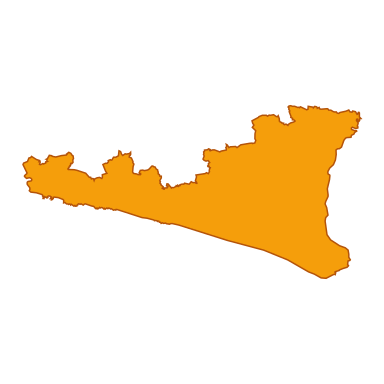 outline of Lázaro Cárdenas, Michoacán, Mexico
{"feature_id": "50627088B38874433306118", "entity_name": "Lázaro Cárdenas", "entity_type": "district", "adm_level": 2, "iso_a3": "MEX", "parent_name": "Mexico", "parent_adm1": "Michoacán", "projection": "orthographic", "projection_center": [-102.462, 18.083], "detail": "fine", "context": "isolated", "style": "filled", "palette": "amber", "viewbox_px": 384, "rotation_deg": 0, "n_neighbors": 0, "source": "geoboundaries", "source_scale": "gbopen_adm2", "svg_char_len": 5990}
<svg xmlns="http://www.w3.org/2000/svg" viewBox="0 0 384 384"><path d="M351.0,137.3L351.4,135.3L353.9,134.1L354.7,132.4L356.7,131.1L356.4,130.6L354.7,130.6L351.5,129.4L351.4,128.0L352.3,127.2L355.6,128.5L357.8,128.0L357.9,126.8L357.3,126.0L358.1,123.5L357.9,122.4L356.5,120.7L356.6,119.3L357.5,119.1L357.8,120.6L358.8,121.5L359.6,120.5L359.3,119.6L359.5,118.9L361.0,118.6L359.4,116.9L359.4,113.0L358.9,112.3L358.3,112.4L357.7,114.1L357.1,114.4L355.5,111.7L352.7,111.0L352.0,112.2L349.9,111.8L348.8,110.0L345.9,111.2L339.9,112.5L338.8,113.4L337.2,113.1L336.3,111.9L334.8,112.0L333.2,111.6L330.9,110.2L328.7,110.1L327.9,108.9L327.1,108.7L320.9,109.2L319.7,108.8L319.1,107.4L317.3,108.3L317.1,107.3L316.2,106.7L314.7,106.4L313.4,107.8L313.3,107.2L308.2,106.3L308.0,109.2L306.7,109.8L300.5,106.8L299.6,107.7L299.0,107.2L297.9,107.5L294.7,106.3L292.4,106.3L290.7,105.7L289.0,106.0L288.1,107.0L288.9,107.7L288.8,109.3L289.8,111.0L289.2,111.7L291.0,116.4L290.8,117.4L292.6,118.4L292.4,119.8L293.8,119.9L294.9,120.7L295.0,121.2L293.5,122.1L290.7,122.9L288.3,124.4L287.9,125.4L286.0,124.1L284.3,124.7L283.5,124.0L283.6,123.2L281.9,123.1L281.7,122.5L280.2,122.0L279.6,121.0L279.4,121.6L279.3,118.7L278.2,115.7L277.5,116.7L276.2,116.5L273.6,114.7L270.4,115.3L269.1,115.1L267.5,116.2L266.4,115.3L262.3,115.3L259.0,116.6L258.4,117.4L252.0,120.8L252.7,123.3L253.9,125.1L252.3,127.4L255.7,130.7L255.0,133.8L254.9,138.8L255.8,140.3L254.8,143.0L252.5,143.5L252.1,143.1L249.7,143.3L240.8,144.8L237.0,147.6L235.6,146.5L230.2,146.8L228.9,147.6L227.3,145.0L226.3,144.4L226.7,146.2L225.8,147.7L226.4,148.7L226.3,150.0L221.1,151.1L219.8,151.9L214.5,149.9L212.6,149.9L210.1,150.8L209.6,150.2L210.1,149.5L208.7,148.8L207.3,149.8L204.5,150.1L204.5,151.2L203.6,151.9L203.9,153.5L203.5,154.4L204.2,156.0L203.0,159.1L204.1,160.3L206.0,161.1L208.2,160.6L209.7,162.6L208.4,163.6L208.5,164.8L207.7,166.0L207.9,166.5L209.1,166.4L209.3,167.6L210.2,167.7L209.4,169.5L209.2,171.1L209.5,171.7L208.3,173.6L206.5,172.7L205.1,173.6L196.0,175.0L196.5,176.9L195.4,180.7L196.6,182.2L196.8,183.3L196.1,183.3L195.1,182.5L192.9,182.6L191.2,181.7L189.2,184.2L184.5,183.2L183.8,184.2L182.1,184.1L180.1,184.7L180.1,185.4L179.5,185.3L179.0,185.9L177.9,185.3L178.0,186.3L176.5,185.7L176.5,186.4L175.5,186.3L174.9,187.1L173.4,187.7L171.9,187.5L171.4,188.0L168.2,184.0L167.0,183.8L166.5,185.7L167.9,186.3L167.9,186.8L167.1,187.2L167.0,187.9L164.0,188.0L164.2,189.1L163.6,189.1L162.3,188.2L163.0,187.8L163.2,186.8L160.9,184.8L161.0,184.1L159.9,183.2L160.4,181.6L159.7,180.8L161.3,177.9L161.3,176.2L159.8,176.1L159.4,174.6L158.2,173.8L158.2,172.0L157.7,171.0L157.7,170.0L156.1,168.9L155.1,167.0L153.5,166.7L152.9,166.0L151.8,166.1L149.2,169.0L147.7,170.0L144.5,170.6L142.6,170.1L140.3,170.4L139.1,172.9L139.7,173.6L140.6,173.5L140.7,174.3L140.3,174.7L137.9,174.6L136.8,174.0L133.5,173.4L132.6,172.0L133.1,166.6L133.9,164.1L132.8,162.6L133.0,161.6L131.4,158.0L129.2,157.1L129.5,155.4L130.2,155.3L130.7,154.3L130.6,152.3L129.5,153.5L126.4,154.1L125.1,153.8L122.8,155.5L121.6,154.3L120.6,151.6L119.0,150.8L118.4,155.8L115.9,157.2L113.5,157.2L112.0,159.9L111.1,160.2L110.3,159.7L108.2,160.6L108.5,161.8L107.1,163.3L105.4,163.3L102.9,164.5L105.6,171.3L106.9,173.3L102.3,174.7L102.4,177.4L101.8,178.5L99.6,177.4L97.1,177.8L94.7,178.9L94.1,180.5L93.5,178.8L92.8,178.5L91.4,178.9L90.7,177.3L89.3,177.3L85.7,173.2L76.9,170.3L74.1,169.7L68.3,169.5L67.9,169.0L68.3,168.3L68.6,168.5L68.9,167.1L69.4,167.0L70.1,166.1L69.9,165.7L70.5,165.5L70.6,163.8L71.1,163.2L71.8,163.7L73.0,162.4L72.8,159.7L73.5,158.7L73.1,155.9L72.3,155.5L70.8,153.3L68.8,152.3L66.8,153.9L67.1,154.1L66.4,155.0L61.4,155.6L55.8,157.0L52.2,156.3L51.8,155.7L49.3,155.3L47.4,158.7L46.4,159.2L47.1,159.4L46.8,161.3L47.2,161.5L45.7,161.9L45.7,163.0L43.5,164.0L42.9,163.5L40.6,164.7L39.5,164.4L40.2,162.1L39.9,161.1L39.1,161.4L39.5,160.5L36.4,159.5L31.5,156.4L30.6,157.6L28.9,158.0L27.5,161.5L23.6,163.1L23.0,164.6L27.0,172.9L26.8,173.6L24.6,175.6L24.5,176.5L26.5,178.4L29.4,177.7L30.8,178.2L31.8,179.3L31.7,180.2L31.0,181.0L28.2,181.4L27.4,182.0L27.1,183.0L27.3,184.5L29.7,187.6L30.0,189.2L29.3,190.7L30.8,192.1L36.4,192.8L41.9,194.5L42.8,195.4L42.4,196.5L42.8,196.1L43.0,196.9L43.3,196.5L43.7,196.7L43.4,197.5L43.8,197.2L43.5,198.4L43.9,198.6L44.3,197.5L45.5,197.0L46.9,198.0L47.7,197.6L47.1,197.0L48.3,196.0L50.0,196.1L51.3,196.9L50.5,198.3L51.5,198.0L51.7,198.3L51.2,199.1L51.3,199.9L52.6,199.4L52.9,198.4L53.3,198.3L53.3,197.4L54.1,197.1L58.3,197.6L63.0,199.5L63.7,200.3L63.6,202.9L65.0,202.5L66.5,203.9L68.0,204.0L68.7,204.5L69.4,204.0L70.4,204.3L70.7,205.0L71.4,204.3L74.0,206.2L74.9,205.4L75.6,206.2L76.9,206.0L77.1,205.1L77.8,204.9L77.8,204.4L78.6,203.8L80.2,204.3L81.0,203.8L83.2,205.1L84.4,204.1L85.5,203.9L91.6,206.0L93.7,206.4L95.6,208.6L97.0,208.0L97.4,208.2L97.3,208.9L98.3,208.7L99.6,207.4L100.2,208.0L101.2,207.5L102.5,207.7L104.0,209.1L104.6,208.4L105.3,209.1L106.9,208.0L107.9,208.7L108.5,208.1L109.7,208.3L110.5,209.0L111.3,208.7L113.5,210.2L114.6,209.8L115.8,210.1L116.0,209.5L117.0,209.5L142.1,217.6L147.0,218.2L153.9,220.0L154.4,220.7L155.5,220.5L156.8,220.7L157.4,221.4L157.9,221.0L158.9,221.3L159.3,222.2L160.5,222.3L161.1,223.4L162.5,222.8L163.4,223.4L165.7,223.1L166.4,223.7L169.6,224.2L170.7,223.6L172.4,223.6L178.6,225.0L227.3,240.4L263.6,250.1L287.7,259.9L308.6,271.9L314.3,274.1L321.1,277.9L326.1,278.3L332.9,274.8L334.6,274.2L335.2,274.6L335.7,272.7L335.0,272.2L335.2,271.7L339.2,270.5L339.3,270.0L343.3,268.4L347.0,267.3L348.4,265.9L348.5,265.4L347.6,264.8L348.0,261.0L349.8,260.5L350.3,259.8L348.8,257.3L348.8,254.2L348.1,250.1L345.3,247.8L339.5,245.7L330.6,239.9L327.0,234.7L325.1,221.0L325.7,217.6L328.0,215.1L326.7,207.7L325.1,203.9L325.7,201.5L328.0,196.6L328.1,195.0L327.3,188.8L329.5,179.6L329.9,175.7L329.7,175.0L328.2,174.1L327.8,172.6L328.0,171.3L329.7,168.1L333.4,164.7L335.4,160.0L336.2,154.5L336.0,150.0L337.5,148.8L339.4,148.7L341.5,147.1L343.9,140.3L345.5,138.2L346.8,137.6L351.0,137.3Z" fill="#f59e0b" stroke="#b45309" stroke-width="1.5"/></svg>